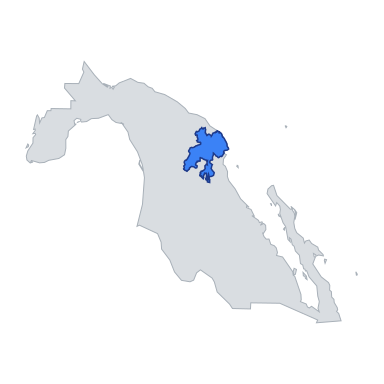 where Jalisco sits in Mexico, rotated 181°
{"feature_id": "MEX-2719", "entity_name": "Jalisco", "entity_type": "State", "adm_level": 1, "iso_a3": "MEX", "parent_name": "Mexico", "parent_adm1": "", "projection": "equal_earth", "projection_center": [-103.449, 20.863], "detail": "fine", "context": "in_parent", "style": "filled", "palette": "blue", "viewbox_px": 384, "rotation_deg": 181, "n_neighbors": 0, "source": "natural_earth", "source_scale": "10m", "svg_char_len": 9309}
<svg xmlns="http://www.w3.org/2000/svg" viewBox="0 0 384 384"><g transform="rotate(181 192 192)"><path d="M40.7,65.8L65.3,63.4L64.1,66.2L102.3,82.3L131.3,82.2L131.5,76.1L149.5,76.2L152.5,80.6L165.1,92.5L168.1,102.5L170.4,106.3L182.2,114.3L186.0,111.3L188.8,103.9L192.4,102.2L201.0,103.5L208.1,111.8L213.0,123.6L221.4,134.4L222.0,141.3L225.7,149.8L244.0,157.9L246.4,156.7L241.3,178.8L239.8,205.5L240.8,211.3L245.7,219.0L244.7,223.2L244.9,219.0L240.9,212.4L242.2,218.5L247.2,231.2L255.2,243.4L257.1,250.9L262.7,258.7L261.2,258.5L264.4,260.4L263.4,259.2L269.2,260.2L273.3,262.9L277.1,267.9L286.8,264.1L293.9,263.6L298.6,260.6L303.7,260.0L304.7,261.1L304.4,262.7L308.5,263.7L311.2,261.3L310.4,257.3L309.0,258.3L309.4,257.5L316.7,250.8L317.0,245.4L319.1,242.2L318.9,233.5L320.1,227.0L325.7,223.2L335.7,221.2L340.0,219.0L344.9,218.5L353.1,220.7L353.7,219.3L351.5,219.2L354.3,218.2L357.6,221.1L358.3,225.0L356.9,230.2L351.9,238.1L351.9,243.5L349.3,246.7L349.8,247.9L352.2,247.5L349.8,250.8L349.9,252.2L351.5,251.7L348.7,265.2L347.9,266.4L346.1,263.3L345.6,258.3L343.3,263.5L340.9,263.9L338.1,270.8L334.5,270.8L334.3,273.0L314.6,273.0L314.7,281.2L310.2,281.1L321.3,293.7L321.0,298.3L307.1,298.4L302.2,310.0L303.7,312.9L302.1,320.6L291.7,307.4L283.5,298.6L278.5,295.3L277.9,296.1L282.6,299.1L275.4,296.5L275.8,294.3L273.9,295.2L272.7,293.3L271.5,295.4L273.9,296.3L270.2,296.8L266.7,299.8L255.4,304.5L248.1,300.7L241.9,299.9L237.7,296.4L233.6,295.0L230.9,291.6L220.9,288.9L208.3,281.9L200.2,275.4L196.7,270.9L188.3,269.4L180.3,265.6L175.2,258.4L164.2,251.4L158.4,241.8L156.5,235.9L160.8,233.2L160.1,230.7L158.2,229.9L161.1,225.4L161.4,220.1L159.1,218.3L156.8,213.0L156.9,208.1L155.3,203.8L148.9,195.8L143.3,186.0L134.6,177.7L137.1,179.2L137.3,177.4L132.7,175.6L129.3,169.0L131.7,169.3L125.0,164.8L124.1,162.6L121.5,163.4L121.1,162.4L123.1,159.9L119.8,161.8L117.8,160.0L117.5,155.7L119.9,151.8L120.8,152.6L119.2,148.6L117.0,146.2L114.2,146.3L112.3,141.0L108.9,139.8L106.8,137.6L105.5,133.0L106.4,130.0L100.3,128.6L89.9,114.0L89.3,110.5L87.8,109.5L81.3,91.5L80.9,86.1L81.7,84.3L75.8,82.0L74.6,79.1L72.7,78.1L70.5,79.8L62.7,74.4L64.0,77.9L62.8,84.6L64.4,90.0L65.6,100.2L73.5,109.2L76.0,115.3L77.2,115.0L77.8,116.9L79.0,117.1L80.0,121.0L82.3,122.3L83.5,130.6L87.6,134.8L88.9,139.5L90.8,141.0L92.1,146.6L93.8,148.0L92.9,143.8L95.2,146.2L97.8,159.1L100.4,162.8L103.9,172.1L103.3,176.0L104.0,179.5L107.1,182.9L108.2,179.5L116.9,191.7L116.1,196.3L112.5,199.7L110.6,200.1L107.0,189.9L93.3,176.5L92.0,176.7L89.3,172.5L88.8,169.6L89.7,163.3L88.6,157.3L86.6,153.1L80.0,147.9L78.7,142.9L77.4,145.0L74.0,146.0L71.5,142.6L65.3,139.1L64.4,136.1L59.9,131.8L59.5,130.4L64.3,131.2L67.1,129.9L67.1,131.3L69.5,132.7L68.7,129.3L67.5,129.1L70.0,122.2L61.3,109.4L53.9,103.8L52.6,101.0L52.7,96.3L50.9,94.8L50.5,89.4L48.2,87.1L47.9,84.0L44.8,79.0L44.3,76.7L45.4,75.1L43.2,73.1L40.7,65.8ZM89.4,114.2L88.6,117.5L86.2,116.4L87.2,111.5L88.7,110.9L89.4,114.2ZM79.6,113.6L76.2,110.0L75.4,106.4L77.1,107.6L77.5,109.6L79.2,110.1L79.6,113.6ZM357.0,237.1L356.1,236.0L356.5,234.4L358.7,233.2L357.0,237.1ZM89.3,176.6L86.9,173.2L88.5,166.2L88.0,172.4L89.3,176.6ZM58.2,127.2L56.3,126.7L57.7,123.0L58.5,125.8L58.2,127.2ZM26.8,115.1L25.3,112.7L25.6,111.7L26.2,111.7L26.8,115.1ZM91.5,176.7L92.9,179.4L89.8,176.8L91.5,176.7ZM147.7,218.4L147.3,219.5L146.5,219.1L146.2,217.1L147.7,218.4ZM104.9,169.6L105.5,171.7L103.8,169.0L104.9,169.6ZM99.0,155.5L99.9,156.5L98.5,158.4L99.0,155.5ZM99.9,259.6L99.3,259.9L98.3,259.0L99.1,257.9L99.9,259.6ZM307.1,260.1L305.4,260.6L308.3,259.4L307.1,260.1ZM113.2,181.7L112.3,181.5L112.2,179.5L113.2,181.7Z" fill="#d9dde1" stroke="#a8b0b8" stroke-width="1"/><path d="M167.9,253.7L167.5,253.6L167.1,253.3L167.0,253.2L166.9,252.9L166.5,252.8L166.5,252.7L166.4,252.6L165.7,252.7L165.7,251.8L165.7,251.6L165.2,251.8L165.0,251.7L164.8,251.9L164.0,251.3L163.6,251.0L163.4,250.6L163.3,249.9L163.1,249.6L162.8,249.4L162.9,249.0L162.8,248.9L162.7,248.6L162.6,247.8L162.3,247.4L161.9,247.5L160.9,246.3L160.4,245.5L159.8,244.3L159.5,243.9L159.4,243.6L159.0,243.1L158.9,242.8L158.6,242.2L158.0,241.0L157.8,240.2L157.8,239.5L157.7,238.6L157.6,238.3L157.3,237.9L156.9,237.2L156.6,237.0L156.1,235.6L156.3,235.4L157.5,234.5L157.9,234.4L158.7,234.4L159.0,234.2L160.1,234.1L160.4,233.8L160.6,233.6L160.8,233.5L161.0,233.1L161.1,232.8L161.1,232.3L160.9,232.0L160.6,231.8L160.5,231.6L160.8,231.4L161.0,231.0L161.5,230.1L162.3,228.7L162.6,228.3L163.0,228.0L163.3,228.3L163.6,228.2L163.9,228.2L164.5,228.1L164.9,227.7L165.4,227.2L165.8,226.9L166.2,226.8L166.6,227.0L167.5,228.1L168.5,228.3L168.7,228.5L169.2,229.3L169.4,229.5L170.1,230.1L170.3,230.3L170.6,230.8L171.3,231.3L171.3,231.0L171.3,230.0L171.4,229.1L172.1,227.5L172.1,227.2L172.1,226.1L172.1,225.5L171.9,224.7L172.2,224.3L172.6,224.2L173.5,224.2L173.9,224.0L174.7,223.0L174.7,222.8L174.7,222.1L174.8,221.9L174.9,221.7L173.5,220.7L172.1,219.7L172.5,219.0L172.7,218.6L172.9,217.2L173.3,215.9L172.7,214.9L172.1,214.0L170.4,212.1L170.2,211.8L170.1,211.6L170.8,209.0L172.4,208.1L173.0,207.9L174.0,207.8L174.7,207.6L174.9,207.5L175.1,205.8L175.1,205.6L175.0,205.4L174.5,204.9L174.5,204.6L174.5,201.8L176.7,202.3L176.6,203.4L176.5,203.9L176.4,204.2L176.0,204.5L175.9,204.7L176.0,205.6L175.9,205.8L175.6,206.1L175.6,206.4L175.8,207.0L175.5,207.9L175.5,208.2L175.5,208.7L175.6,209.5L175.8,210.1L176.9,204.8L177.1,204.3L177.3,204.1L177.4,204.4L178.1,204.4L178.2,204.6L178.1,204.9L178.1,205.0L178.5,205.2L178.5,205.3L178.5,205.7L178.3,205.9L178.1,206.6L177.7,208.2L177.7,208.4L177.9,209.4L177.9,209.7L177.8,210.4L177.8,210.8L178.0,211.1L178.4,211.1L178.6,211.0L178.8,210.7L179.5,210.7L179.6,210.8L179.7,211.0L179.8,210.9L180.1,209.7L180.2,209.3L180.7,209.1L180.7,208.4L180.8,208.1L181.2,207.8L181.2,207.7L180.8,207.4L180.8,207.2L180.5,206.9L180.7,206.1L181.0,205.4L182.4,206.8L183.0,207.4L183.1,207.5L183.0,208.2L183.6,208.0L183.8,208.0L184.0,208.5L184.4,208.4L184.5,208.5L184.5,209.2L184.2,210.0L183.6,210.3L183.6,210.5L183.6,210.8L183.9,210.9L184.1,211.0L184.1,211.4L184.1,211.7L183.6,212.0L183.3,212.8L183.2,213.0L182.8,213.1L182.2,213.0L181.9,213.0L181.6,213.5L181.0,213.7L180.7,213.8L179.4,215.4L179.2,215.8L179.4,216.6L179.5,217.1L179.5,218.5L179.2,218.7L178.9,218.9L178.7,219.1L178.3,220.0L178.1,220.1L177.9,220.1L177.2,219.6L177.4,220.6L177.5,221.6L177.5,222.1L177.4,222.4L177.0,222.9L177.0,223.7L177.0,223.8L177.8,223.4L178.0,223.3L178.2,223.5L178.3,224.1L178.5,224.3L179.4,224.3L179.6,224.3L180.1,224.8L180.7,224.8L180.9,224.8L182.5,226.0L182.9,226.1L183.3,226.0L183.6,226.1L184.1,226.5L184.4,226.5L184.5,226.1L184.5,225.4L184.4,223.3L184.5,223.0L184.8,222.9L185.3,223.1L185.6,223.2L185.9,223.1L186.2,222.9L186.8,222.3L187.0,222.2L187.1,222.4L187.0,222.8L187.3,222.9L187.4,222.7L187.5,222.3L187.8,221.8L187.9,221.7L188.2,221.6L188.3,221.4L188.8,220.1L188.9,219.5L188.8,219.0L188.7,218.9L188.3,218.9L188.1,218.8L187.6,218.5L187.4,218.4L187.3,218.1L187.3,217.8L187.6,216.4L188.2,216.1L188.6,216.0L188.9,216.0L189.4,216.3L190.2,217.0L190.7,217.2L192.6,217.5L192.9,217.5L193.2,217.4L193.5,217.2L194.1,216.5L194.8,216.1L195.0,215.8L195.0,215.0L195.1,214.7L195.4,214.5L195.7,214.4L196.0,213.9L196.6,213.6L196.8,213.4L197.3,212.6L197.5,212.6L198.2,213.3L198.4,213.4L198.9,213.3L199.2,213.4L199.7,213.8L200.2,214.5L200.4,214.5L200.6,214.5L200.8,215.1L200.3,215.6L200.1,216.0L200.1,216.3L200.2,216.6L200.6,217.5L200.6,218.0L199.8,218.7L199.5,219.2L199.6,219.7L200.2,221.0L200.3,221.3L200.3,221.6L200.2,222.1L200.1,222.5L199.8,222.9L199.2,223.6L198.9,223.8L198.1,223.8L197.7,224.6L197.2,225.0L196.9,225.7L196.3,226.8L195.2,228.9L194.8,230.1L194.7,230.6L194.8,231.0L195.1,231.4L195.6,231.9L195.9,232.3L196.0,232.4L196.1,233.0L195.9,233.5L195.1,234.7L194.7,235.7L194.7,235.9L194.5,236.0L193.8,236.4L193.4,236.5L193.1,236.6L192.6,236.3L191.2,236.6L190.4,237.0L190.2,237.3L189.4,237.6L189.0,238.1L188.8,238.3L188.5,238.3L187.9,238.4L187.7,238.4L187.4,238.8L184.9,239.6L184.5,239.7L184.2,240.0L184.1,240.3L184.2,241.1L184.2,241.5L184.5,241.7L184.6,241.9L184.9,241.9L185.7,241.6L186.2,242.0L186.9,242.0L187.5,242.1L187.6,242.3L187.6,242.9L187.6,243.0L187.9,243.2L188.2,243.5L187.9,243.8L187.7,243.9L187.3,243.9L187.1,244.1L187.0,244.5L187.1,245.3L187.2,246.0L187.4,246.3L187.6,246.4L187.7,246.9L187.8,247.3L187.9,247.5L187.7,248.4L187.8,249.0L188.2,249.1L189.3,248.8L189.4,249.0L189.5,249.5L189.6,249.9L189.9,250.1L189.9,250.3L189.5,250.8L189.4,251.0L189.4,251.4L188.7,252.6L188.4,252.4L188.2,252.3L188.0,252.2L187.7,252.2L187.3,252.6L186.7,252.8L186.3,253.0L185.9,253.3L185.7,253.7L185.5,254.5L185.4,254.8L185.2,255.0L184.3,255.4L183.7,255.8L183.6,256.4L183.4,256.6L183.3,256.4L183.0,255.8L182.8,255.7L182.4,255.7L182.2,255.2L181.9,255.2L181.7,255.4L181.5,255.8L181.3,256.2L181.1,256.3L180.2,256.2L179.9,256.4L179.8,255.6L179.5,254.9L179.4,254.6L179.7,253.1L179.6,252.0L179.8,251.6L179.8,251.4L179.3,251.0L179.1,250.5L179.0,250.3L178.6,250.0L178.2,248.9L178.1,248.7L177.8,248.8L177.3,249.5L177.1,249.7L176.4,249.8L176.3,250.1L176.1,250.2L175.1,249.6L173.8,248.6L173.7,248.1L172.9,249.3L172.8,249.5L172.7,250.1L172.4,250.4L172.3,250.6L172.1,251.1L172.0,251.3L171.6,251.3L171.4,251.3L170.9,251.7L170.2,252.0L169.9,251.8L169.8,251.7L169.3,252.1L169.3,252.4L169.3,252.5L169.2,252.6L168.9,252.3L168.7,252.2L168.5,252.3L168.4,252.8L167.9,253.4L167.9,253.7Z" fill="#3b82f6" stroke="#1e3a8a" stroke-width="1.5"/></g></svg>